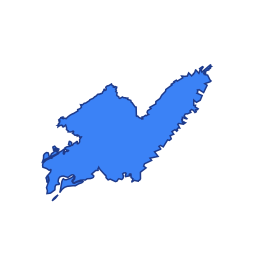 the district of Feni, Chittagong, Bangladesh, rotated 53°
{"feature_id": "16705992B83268326466345", "entity_name": "Feni", "entity_type": "district", "adm_level": 2, "iso_a3": "BGD", "parent_name": "Bangladesh", "parent_adm1": "Chittagong", "projection": "equal_earth", "projection_center": [91.37, 23.021], "detail": "fine", "context": "isolated", "style": "filled", "palette": "blue", "viewbox_px": 256, "rotation_deg": 53, "n_neighbors": 0, "source": "geoboundaries", "source_scale": "gbopen_adm2", "svg_char_len": 5927}
<svg xmlns="http://www.w3.org/2000/svg" viewBox="0 0 256 256"><g transform="rotate(53 128 128)"><path d="M176.6,149.9L176.1,148.6L170.8,144.7L170.7,137.6L167.9,138.5L166.5,136.4L168.1,128.6L165.3,128.6L168.8,121.1L162.9,121.1L164.6,114.7L164.3,114.4L161.3,114.4L161.5,112.5L164.3,111.2L161.3,103.5L162.8,102.4L162.7,100.0L159.5,99.0L160.5,95.2L157.3,95.1L157.6,91.5L159.9,91.0L159.6,89.7L158.5,89.8L158.1,87.8L159.1,86.7L155.0,86.0L154.9,84.7L158.3,81.5L158.4,79.0L157.4,79.7L157.2,79.5L156.8,79.7L156.9,80.4L156.6,80.4L156.9,80.8L156.3,80.7L156.3,81.1L155.3,80.8L154.4,79.7L153.9,80.2L153.6,80.0L153.6,79.4L152.8,78.7L152.9,78.4L152.4,78.1L154.8,76.7L156.1,75.6L156.1,75.3L152.3,76.1L151.3,74.0L152.0,72.5L152.4,72.3L153.4,68.4L151.7,68.3L151.5,66.1L153.1,65.2L155.9,65.2L156.1,63.7L154.2,63.1L155.2,61.5L154.9,60.4L151.6,61.7L150.5,60.4L149.5,61.9L145.3,58.7L148.7,57.9L149.3,53.6L146.7,49.2L141.7,52.0L141.6,51.1L140.4,50.3L140.4,50.0L139.4,49.6L140.2,48.5L140.2,48.1L145.2,46.3L141.5,39.1L138.8,40.0L140.5,34.6L140.4,33.4L138.8,33.6L133.7,32.6L131.8,34.3L131.8,33.7L130.7,32.9L129.9,35.4L129.9,34.8L129.7,34.7L130.0,34.2L129.7,33.6L129.4,33.7L129.1,32.9L129.3,32.7L129.0,32.3L129.3,31.6L129.6,31.8L129.2,29.9L129.8,29.8L130.2,28.4L129.6,27.6L129.7,27.2L129.4,27.4L129.7,26.8L129.3,25.9L129.1,26.0L129.1,24.6L128.5,25.2L127.8,24.1L127.2,24.0L127.1,23.6L127.8,35.3L126.1,34.9L125.4,33.8L124.6,31.3L123.8,31.6L123.7,35.1L124.7,35.1L127.0,38.5L122.5,38.9L122.3,39.1L123.6,41.0L124.1,42.5L124.0,43.1L124.5,43.4L124.5,45.2L124.7,45.8L120.5,46.4L122.2,49.4L121.0,51.5L118.8,53.9L120.9,54.1L120.2,60.5L118.9,60.6L118.6,63.4L119.5,63.4L119.1,67.1L120.1,67.0L120.0,74.6L121.3,76.0L122.1,81.2L123.7,84.8L123.6,89.8L125.5,91.3L124.6,98.1L126.3,97.9L126.0,101.9L126.9,103.3L128.7,103.7L129.6,103.5L129.3,104.2L129.2,106.0L128.4,106.4L128.4,108.8L127.7,110.1L129.6,110.6L129.2,111.5L128.8,111.3L127.9,111.6L127.6,112.2L126.3,112.9L124.3,113.1L124.1,113.9L123.5,114.1L116.2,108.9L115.3,109.7L110.2,109.5L109.5,109.9L107.6,109.2L104.9,111.1L104.1,110.1L103.1,111.2L103.0,111.7L102.4,111.8L101.0,113.4L99.9,113.7L99.5,116.7L98.6,117.1L97.5,116.6L95.8,117.3L95.0,117.3L93.1,115.4L91.5,115.9L90.8,114.5L89.5,114.5L89.3,113.2L88.6,112.4L87.4,113.1L87.5,114.2L86.6,115.0L86.2,114.2L85.0,114.7L84.7,115.1L82.9,114.7L82.6,117.7L81.9,119.3L81.9,120.7L82.3,121.4L83.6,121.8L84.4,122.6L84.2,123.7L82.8,123.6L82.7,123.9L83.0,124.3L83.4,124.2L84.1,126.8L84.7,127.6L84.3,129.4L83.9,129.5L83.8,130.9L83.0,131.4L82.9,131.9L83.3,134.9L83.0,135.6L83.3,138.1L82.5,141.4L82.9,142.4L82.6,146.9L81.9,148.1L82.1,150.5L81.5,151.0L81.7,151.4L81.0,151.9L83.3,152.6L83.6,153.8L83.6,155.0L83.0,157.1L84.2,157.7L83.6,163.1L83.3,163.7L82.9,166.5L82.9,169.0L83.3,171.9L82.1,172.5L81.8,173.8L81.4,174.2L80.9,174.1L80.3,173.2L79.9,173.6L79.7,174.1L80.3,174.8L79.4,175.1L79.3,175.5L79.7,175.8L79.8,178.2L80.2,178.1L80.7,179.0L81.2,178.7L81.0,178.3L81.3,178.1L82.2,179.0L82.5,179.9L82.7,179.3L82.8,180.7L83.6,181.4L83.5,182.6L84.0,182.1L84.9,183.1L85.0,181.0L85.9,179.1L86.7,179.0L87.6,179.5L87.9,179.3L87.8,178.7L88.4,178.6L88.1,176.0L91.1,177.0L92.2,178.1L94.3,177.5L95.0,178.2L96.9,175.9L97.4,173.7L98.2,173.6L98.6,174.1L98.9,175.5L100.4,174.9L101.5,174.9L102.5,174.0L102.9,172.9L103.9,173.4L103.9,172.3L104.2,171.9L106.4,172.2L106.8,170.7L107.1,170.5L108.0,173.5L110.0,175.0L110.5,176.4L110.5,177.5L110.0,178.0L108.3,176.7L107.9,177.1L108.1,179.0L107.7,180.8L108.3,182.5L108.2,183.2L107.6,183.3L105.6,181.8L103.6,182.5L103.4,183.0L105.4,185.5L107.7,184.7L107.7,185.3L106.2,188.2L105.9,190.3L106.3,190.6L108.5,190.3L109.9,189.1L110.3,189.1L110.4,190.3L109.5,191.4L109.1,192.8L110.4,194.4L110.0,195.1L109.2,194.9L108.3,194.0L107.3,191.7L106.7,191.5L106.4,191.8L106.4,195.1L105.9,197.6L106.4,198.2L106.6,199.2L105.6,206.9L106.2,206.8L106.3,207.1L105.5,207.8L104.4,212.7L104.8,217.0L106.4,218.7L108.1,219.6L111.3,217.4L114.3,216.4L114.7,214.7L115.1,214.7L116.6,216.5L117.7,221.1L119.2,221.0L122.3,222.5L126.6,229.0L129.6,230.1L131.6,232.2L133.2,229.5L133.4,228.5L133.4,223.6L130.9,221.5L130.3,220.3L130.2,219.3L131.5,217.1L131.4,216.6L130.9,216.2L129.4,216.3L128.5,215.9L126.7,213.9L126.1,212.0L126.6,210.0L127.6,208.4L131.3,205.7L131.5,201.5L131.9,200.5L132.9,199.7L134.9,199.7L136.6,201.4L136.9,203.9L138.0,204.4L139.1,204.3L139.5,203.5L139.8,201.4L141.1,197.3L142.9,194.5L143.8,193.6L144.0,191.1L145.8,188.4L146.4,186.7L146.5,185.4L146.1,184.5L145.4,184.1L142.9,184.7L142.5,179.4L143.8,177.4L142.2,176.2L142.1,175.4L141.8,175.0L144.1,175.3L151.9,174.6L152.1,174.3L153.3,174.5L154.4,175.4L157.5,175.1L158.1,173.0L163.2,170.3L163.8,168.9L163.0,166.6L163.0,165.8L165.4,164.0L165.2,162.4L164.4,161.3L163.3,160.5L161.4,159.9L161.3,158.7L162.1,157.1L163.0,156.8L164.7,159.1L165.4,159.2L167.3,155.2L165.8,154.9L165.7,154.6L166.0,153.8L166.6,153.4L169.5,155.4L171.4,154.6L172.0,155.2L173.0,157.1L173.4,157.2L173.6,154.5L176.7,151.8L176.4,151.2L176.6,149.9ZM143.8,196.2L142.6,196.7L142.2,197.3L140.4,201.5L139.9,204.2L138.9,205.0L136.8,204.8L136.2,203.9L135.8,201.6L135.0,200.8L133.8,200.4L133.5,204.3L132.2,208.4L131.2,209.7L129.6,210.2L130.0,211.5L131.0,213.1L137.4,219.9L138.5,221.4L137.3,217.5L137.2,214.4L138.0,211.7L141.1,206.5L142.4,204.9L142.9,201.1L143.9,197.9L143.8,196.2ZM104.2,208.4L99.9,206.7L98.7,207.6L98.4,209.0L98.5,210.4L99.0,211.8L101.8,214.1L103.3,216.3L103.3,212.8L104.2,208.4ZM104.5,207.2L105.8,200.4L105.7,199.4L105.1,198.8L102.7,199.8L100.8,199.6L100.5,199.1L100.7,197.8L103.5,196.2L103.2,195.9L101.1,197.3L98.4,197.5L97.9,199.2L98.6,199.9L100.0,200.2L100.7,200.8L102.4,200.7L102.6,202.8L102.5,204.6L103.9,206.9L104.5,207.2ZM118.5,223.5L120.7,224.2L122.0,225.1L122.6,225.2L122.9,224.6L122.3,223.3L121.0,222.4L119.1,221.5L117.7,221.4L118.5,223.5ZM139.3,224.1L139.3,227.3L139.6,229.9L140.5,232.4L140.4,228.2L139.3,224.1ZM103.8,196.7L101.8,198.0L101.7,198.6L102.6,198.7L104.2,197.5L103.8,196.7Z" fill="#3b82f6" stroke="#1e3a8a" stroke-width="1.5"/></g></svg>